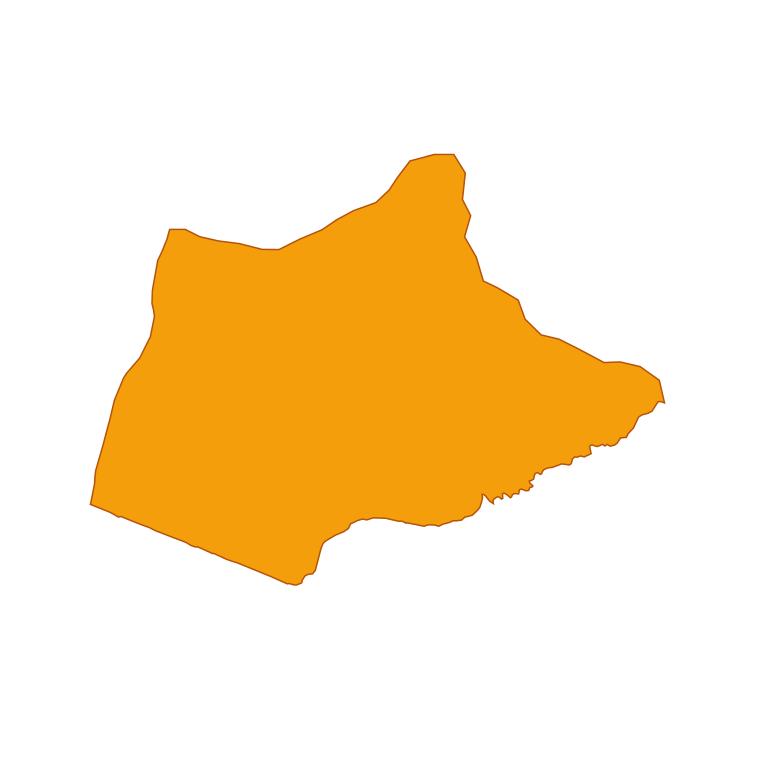 Grande Sido, Moyen-Chari, Chad, rotated 26°
{"feature_id": "50815135B5443465425830", "entity_name": "Grande Sido", "entity_type": "district", "adm_level": 2, "iso_a3": "TCD", "parent_name": "Chad", "parent_adm1": "Moyen-Chari", "projection": "albers", "projection_center": [18.707, 8.449], "detail": "fine", "context": "isolated", "style": "filled", "palette": "amber", "viewbox_px": 768, "rotation_deg": 26, "n_neighbors": 0, "source": "geoboundaries", "source_scale": "gbopen_adm2", "svg_char_len": 4406}
<svg xmlns="http://www.w3.org/2000/svg" viewBox="0 0 768 768"><g transform="rotate(26 384 384)"><path d="M172.8,620.9L180.2,620.4L194.3,619.4L199.6,619.7L203.6,620.0L205.8,618.4L219.0,617.5L221.3,617.3L222.6,617.2L225.8,616.9L226.0,616.9L226.4,616.9L228.5,616.7L234.5,616.1L236.4,615.9L239.6,616.0L239.8,616.0L242.9,616.0L263.4,614.3L263.5,614.2L275.4,613.2L275.8,613.2L281.2,613.7L281.7,613.7L284.0,613.4L286.1,613.1L287.2,612.5L287.7,612.1L301.7,611.6L301.9,611.6L302.1,611.6L304.0,611.7L305.4,610.9L305.5,610.9L319.2,610.6L321.8,610.3L322.8,610.2L323.9,610.1L328.8,609.3L330.2,609.1L331.3,609.0L355.1,607.4L356.6,607.3L357.2,607.3L361.8,607.0L367.2,606.6L374.1,606.4L381.7,606.1L383.9,606.0L384.7,606.0L385.6,605.4L386.3,604.9L391.1,604.1L392.1,603.6L393.7,602.8L397.2,598.8L396.8,597.2L396.7,597.1L396.5,596.4L397.1,591.2L398.7,589.0L398.9,588.8L399.0,588.6L399.4,588.4L400.1,587.8L403.0,585.9L404.0,581.6L400.6,565.0L400.3,563.6L400.3,563.3L400.2,562.8L399.5,559.4L399.2,555.1L399.2,554.6L399.2,553.9L399.7,552.4L400.2,551.0L402.1,548.0L406.4,541.4L408.7,538.8L409.0,538.4L412.7,534.2L412.9,533.8L413.8,532.1L414.2,531.5L415.4,529.4L415.3,524.2L416.2,523.2L416.4,522.9L420.2,518.2L422.3,516.3L424.0,514.7L426.6,514.1L426.8,514.0L427.7,513.8L428.1,513.7L430.0,511.9L431.1,510.8L432.6,509.4L432.8,509.1L433.2,509.0L433.4,508.8L434.9,508.2L438.5,506.5L444.2,504.0L445.3,503.7L452.8,502.0L454.3,501.6L455.3,501.4L457.5,500.9L460.4,499.4L463.1,499.4L463.3,499.4L464.7,499.5L464.7,499.3L464.7,499.0L465.1,498.8L470.4,497.4L470.7,497.3L473.3,496.6L473.6,496.5L475.1,496.1L479.0,495.2L479.4,495.1L482.4,494.2L485.3,491.3L491.4,488.5L492.9,488.3L493.0,488.2L495.5,487.9L497.3,485.6L498.4,484.1L500.8,482.1L503.8,479.4L506.1,476.6L509.6,474.9L513.4,472.3L515.0,468.3L515.0,468.2L516.0,467.5L516.6,467.0L520.9,463.2L522.9,458.0L523.2,456.7L523.3,456.6L524.0,454.0L524.2,453.0L523.9,450.8L523.9,450.6L523.4,447.0L523.2,446.7L522.5,443.1L522.4,443.1L520.8,440.4L520.6,440.1L521.4,439.9L521.5,439.8L522.2,439.6L524.3,440.1L527.8,441.8L529.5,442.6L530.4,443.0L530.7,443.0L531.0,443.1L534.7,443.5L534.6,443.4L533.3,441.4L533.3,440.8L533.2,440.7L533.1,439.5L533.6,438.7L534.9,436.3L535.0,436.2L536.6,435.1L539.9,435.8L540.0,435.9L540.9,434.7L540.0,433.2L539.9,433.0L538.7,430.8L539.5,429.6L540.3,429.5L540.8,429.4L542.3,429.6L543.3,429.7L547.4,430.8L548.1,429.6L547.9,427.2L548.3,426.6L549.4,425.2L551.5,424.4L553.2,423.7L552.1,419.8L553.4,418.2L553.5,418.2L554.4,418.1L558.3,417.8L560.7,416.3L560.6,415.0L560.5,413.1L561.5,412.2L562.6,411.1L562.5,410.8L562.4,410.2L558.5,409.1L557.1,407.5L558.9,405.9L559.4,405.1L559.8,404.5L560.2,403.9L559.1,399.5L559.5,397.6L560.2,396.9L560.3,396.8L560.9,396.3L564.2,396.7L564.5,396.2L565.0,395.6L564.8,393.9L564.8,393.0L565.1,391.6L565.3,390.8L567.9,387.7L570.2,386.2L570.3,386.1L571.9,385.1L578.8,377.9L586.1,375.5L587.2,373.5L586.3,368.7L587.4,365.9L589.7,365.1L590.4,364.4L591.9,362.7L595.1,361.9L595.3,361.8L596.0,361.7L600.7,355.8L599.1,353.7L598.0,352.4L597.2,351.4L596.8,350.8L596.7,350.6L596.2,349.9L596.5,348.6L597.3,348.0L597.3,347.9L597.7,347.6L602.2,347.0L603.5,346.4L606.0,343.4L606.4,342.9L606.7,342.5L608.3,342.7L609.8,342.9L609.9,342.7L610.9,340.5L613.8,340.7L614.0,340.7L614.6,340.7L617.2,338.5L617.3,338.4L618.0,337.8L618.5,336.9L619.5,335.0L619.7,333.5L619.7,333.0L620.3,328.7L621.9,327.7L622.0,327.7L625.2,325.8L625.2,325.6L625.2,324.2L625.2,321.6L626.6,317.1L627.5,314.1L627.3,302.2L629.0,299.2L629.5,298.6L634.1,294.6L634.7,293.7L634.9,293.5L636.8,291.0L638.1,279.9L640.5,278.4L644.4,278.0L629.8,260.0L606.6,256.1L586.5,260.7L572.3,268.3L545.1,267.3L521.6,267.0L503.7,271.0L482.4,263.9L467.9,249.8L444.0,247.8L428.1,247.9L411.4,229.6L391.9,216.4L388.1,194.7L373.6,183.7L364.6,158.8L346.1,147.1L328.5,155.7L309.6,172.1L305.7,191.6L303.6,207.4L297.2,224.5L280.6,241.6L269.5,257.1L260.7,272.5L244.9,290.6L230.7,309.2L215.3,316.5L192.5,321.2L172.2,328.1L153.7,332.4L137.5,332.2L123.6,339.0L124.0,341.4L125.5,349.1L126.0,357.0L126.4,362.1L126.4,363.7L126.5,372.2L133.7,397.6L135.1,402.1L140.2,413.4L144.4,418.5L148.1,424.0L153.3,444.0L153.1,462.2L153.1,467.5L150.4,477.8L147.9,487.3L147.3,492.7L147.9,502.1L148.4,510.2L148.6,513.6L148.9,517.2L153.0,535.3L153.3,536.9L155.8,549.9L156.8,554.8L158.6,563.9L160.5,575.0L161.7,581.9L162.2,584.5L162.8,588.2L164.9,594.1L167.7,600.9L172.3,618.3L172.8,620.9Z" fill="#f59e0b" stroke="#b45309" stroke-width="1.5"/></g></svg>